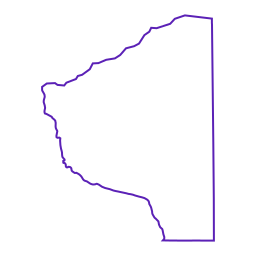 Grant, Wisconsin, United States of America
{"feature_id": "52423323B92892642794044", "entity_name": "Grant", "entity_type": "district", "adm_level": 2, "iso_a3": "USA", "parent_name": "United States of America", "parent_adm1": "Wisconsin", "projection": "orthographic", "projection_center": [-90.9, 42.859], "detail": "fine", "context": "isolated", "style": "outline", "palette": "violet", "viewbox_px": 256, "rotation_deg": 0, "n_neighbors": 0, "source": "geoboundaries", "source_scale": "gbopen_adm2", "svg_char_len": 2018}
<svg xmlns="http://www.w3.org/2000/svg" viewBox="0 0 256 256"><path d="M156.6,28.2L151.2,27.8L149.3,31.7L144.4,35.1L139.0,43.6L134.1,46.2L126.0,48.3L120.2,55.0L114.9,58.4L106.2,59.8L98.4,63.1L92.8,63.4L89.8,69.2L82.1,74.8L77.8,76.0L76.0,79.0L66.4,82.7L64.2,85.5L57.5,84.9L55.0,83.1L46.8,83.5L42.1,86.9L42.1,87.0L42.1,90.1L42.4,90.9L43.4,92.6L44.1,93.9L44.5,94.8L44.7,96.5L44.7,97.0L43.8,100.2L43.7,101.7L43.7,102.2L44.7,105.4L44.9,106.6L45.1,107.8L45.0,108.5L44.6,110.3L44.5,111.2L44.5,112.0L44.6,112.6L44.8,113.2L45.1,113.6L46.4,113.9L51.2,116.5L51.7,116.8L52.4,118.0L54.3,119.6L55.2,120.6L55.7,122.9L55.6,126.5L55.8,128.0L56.4,129.4L57.2,130.8L57.3,131.2L56.4,136.0L56.6,137.3L57.6,137.8L59.3,137.6L60.3,138.3L60.1,140.7L60.4,145.1L61.0,148.6L61.7,151.1L62.0,152.6L62.1,155.0L62.4,156.9L63.8,158.7L64.5,159.4L64.6,160.0L64.3,160.6L63.9,160.8L63.3,160.9L63.2,162.1L63.5,162.9L64.6,163.0L65.0,163.4L65.5,164.0L65.8,164.9L65.8,166.2L66.1,166.9L66.6,167.3L66.9,167.4L67.7,167.3L68.3,166.8L69.4,166.9L70.4,167.2L71.2,168.1L71.4,168.8L71.5,169.7L71.7,170.6L72.4,171.4L74.6,172.9L75.0,173.0L76.4,172.8L78.6,174.0L79.7,174.8L81.3,176.4L83.2,179.5L83.9,180.2L84.7,180.7L86.9,181.4L89.9,183.4L90.6,183.8L92.4,184.4L93.5,184.5L95.2,184.3L96.6,183.8L97.2,183.9L99.0,184.7L102.1,186.8L102.9,187.1L105.1,188.0L109.9,189.2L113.4,190.5L115.4,191.0L118.0,191.5L126.4,193.3L128.5,193.9L130.7,194.2L132.9,194.7L135.1,195.5L139.0,196.6L141.9,197.3L144.5,198.1L147.1,199.6L147.8,200.2L148.7,201.3L149.1,202.7L149.3,204.0L150.7,206.5L151.2,207.8L152.1,211.4L152.2,212.9L152.4,213.8L152.7,214.5L154.2,217.1L154.7,217.8L155.7,218.6L158.4,221.4L159.0,224.6L160.2,227.2L162.2,229.0L162.6,230.2L163.4,234.3L164.3,237.1L164.2,238.9L162.9,240.4L168.8,240.5L169.5,240.5L181.1,240.6L183.4,240.6L184.5,240.6L186.0,240.6L188.9,240.6L198.5,240.5L201.4,240.6L202.5,240.6L211.4,240.6L213.9,240.6L213.8,198.6L213.3,142.8L212.0,24.3L211.9,23.1L211.9,18.6L184.9,15.4L174.8,18.8L170.2,23.8L156.6,28.2Z" fill="none" stroke="#5b21b6" stroke-width="2"/></svg>